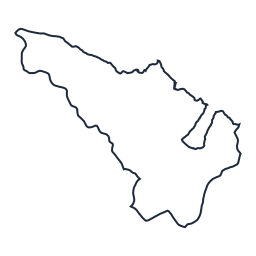 Lapusnicel, Caras-Severin, Romania
{"feature_id": "2599482B99041788642563", "entity_name": "Lapusnicel", "entity_type": "district", "adm_level": 2, "iso_a3": "ROU", "parent_name": "Romania", "parent_adm1": "Caras-Severin", "projection": "robinson", "projection_center": [22.192, 45.003], "detail": "fine", "context": "isolated", "style": "outline", "palette": "slate", "viewbox_px": 256, "rotation_deg": 0, "n_neighbors": 0, "source": "geoboundaries", "source_scale": "gbopen_adm2", "svg_char_len": 5736}
<svg xmlns="http://www.w3.org/2000/svg" viewBox="0 0 256 256"><path d="M239.3,124.4L238.5,124.8L238.2,124.8L236.7,124.5L235.3,124.0L233.7,124.1L233.2,123.8L232.9,123.4L232.7,121.9L232.5,121.4L231.7,120.8L231.1,119.8L230.7,119.6L230.3,119.3L230.0,118.4L229.8,118.1L229.2,117.7L228.2,117.4L227.7,117.2L227.5,116.9L227.4,116.4L226.9,115.7L226.4,115.3L225.0,114.6L223.8,112.8L223.3,111.8L223.1,111.5L222.6,111.1L221.6,110.9L220.6,110.9L219.6,111.4L218.4,111.7L215.8,112.0L215.6,112.3L215.6,112.8L215.4,113.6L214.9,114.0L213.6,116.1L213.7,116.4L213.7,117.0L213.6,117.4L212.6,119.4L212.1,120.0L212.1,121.7L211.9,122.9L211.7,123.4L211.4,123.9L210.9,124.4L210.9,124.8L210.9,125.2L210.7,125.3L210.6,125.7L210.1,126.1L209.9,126.6L209.4,127.1L208.7,128.2L208.4,129.2L207.7,130.0L207.3,131.5L206.9,132.4L206.7,133.1L205.8,134.8L205.3,135.5L204.7,136.9L204.7,137.1L204.9,137.6L205.2,139.5L204.8,139.8L204.0,143.7L204.2,145.4L204.2,145.8L204.1,146.0L202.9,147.3L200.9,148.2L200.5,148.3L197.7,148.1L195.7,149.1L194.0,148.6L193.7,148.2L192.6,148.3L192.2,148.0L191.2,147.8L188.9,146.9L185.7,144.2L182.7,141.4L181.9,139.7L182.6,138.8L186.9,135.4L188.2,134.5L188.5,133.8L189.3,132.4L190.5,130.7L191.2,130.3L192.2,129.1L193.4,128.2L195.1,125.5L195.6,123.8L196.2,122.5L196.9,121.7L197.3,121.5L198.1,120.7L198.2,120.4L199.2,118.6L199.6,118.5L199.7,117.9L200.2,117.4L200.2,117.2L201.1,115.7L201.8,114.7L203.0,113.6L203.4,113.0L204.4,110.5L204.5,109.4L204.5,109.1L205.4,108.5L205.6,108.1L205.8,107.3L205.8,105.6L206.2,105.4L207.3,104.9L206.8,104.3L204.3,103.8L202.7,103.1L202.5,102.8L202.7,101.9L202.8,101.7L202.6,101.3L200.5,98.5L200.1,98.6L198.2,100.2L197.0,100.7L196.0,100.6L194.9,100.1L194.6,99.9L194.5,99.7L194.5,98.7L194.4,98.1L193.8,97.4L191.3,95.5L190.1,94.8L189.5,94.3L189.0,93.6L188.5,93.1L186.8,92.3L186.0,91.1L184.5,89.4L182.8,88.7L182.0,88.9L180.6,89.1L179.9,89.2L179.6,89.4L178.9,89.8L178.1,89.7L177.5,89.9L176.3,89.5L175.6,88.8L175.4,88.9L175.4,89.3L175.2,89.3L175.0,89.0L175.0,88.7L174.9,88.5L174.6,88.5L174.4,88.6L174.2,88.6L174.2,88.4L174.5,87.7L174.4,87.6L174.2,87.5L174.3,86.6L174.4,86.3L174.9,86.1L175.0,86.0L174.8,85.7L174.4,85.7L174.3,85.3L174.4,85.1L174.6,85.1L175.4,84.6L175.5,84.1L175.1,83.9L174.9,83.6L174.7,83.7L174.5,83.3L174.5,83.2L175.2,83.1L175.0,82.8L175.2,82.7L174.7,82.5L174.7,82.2L174.5,81.8L174.8,81.3L174.4,80.9L173.8,80.5L173.7,80.4L171.3,78.4L167.8,74.5L164.9,72.2L163.8,71.0L163.8,70.4L163.4,69.4L163.0,68.6L161.6,67.1L161.5,66.8L161.3,66.0L161.2,65.0L160.6,63.5L159.4,61.0L157.7,60.6L157.7,62.0L157.6,62.4L157.1,63.3L156.5,63.8L154.8,64.4L152.7,64.1L152.1,64.2L150.8,64.8L149.8,64.8L149.2,65.5L149.1,65.9L148.7,66.6L146.7,68.8L146.5,69.2L146.1,69.7L145.7,70.8L144.9,70.1L144.7,70.0L144.4,70.1L144.2,70.3L143.7,71.4L143.3,72.1L143.0,72.4L142.2,72.9L140.2,72.8L139.6,72.7L139.1,72.4L137.5,71.4L137.5,71.2L138.3,70.6L138.3,70.4L138.2,70.2L137.5,69.8L136.5,69.6L136.2,69.6L135.6,70.0L135.0,70.1L133.7,70.6L132.8,71.7L132.4,72.0L131.0,72.6L129.5,72.8L128.6,73.0L127.4,73.1L125.2,71.9L124.8,71.7L123.4,71.2L122.7,71.4L122.1,71.9L121.9,72.3L121.2,73.0L120.5,73.5L120.0,73.5L119.3,73.2L118.7,72.6L118.0,72.4L117.5,71.9L116.8,71.5L116.5,71.1L115.7,70.0L115.6,69.3L115.6,68.9L115.4,68.5L114.9,67.8L114.4,67.5L113.1,66.2L111.9,64.8L111.7,64.6L111.1,63.7L110.5,63.0L109.8,62.7L108.8,62.8L108.1,63.0L107.1,62.4L106.2,61.6L104.9,61.3L104.2,61.1L102.8,60.1L101.2,59.5L99.2,58.0L98.0,57.5L97.6,57.4L96.8,57.0L96.2,56.6L93.9,56.0L91.8,55.1L91.3,54.9L90.1,54.9L87.8,54.3L87.0,53.9L86.3,53.2L84.3,52.5L83.3,51.8L82.2,50.4L80.4,49.4L78.4,47.4L75.7,46.1L74.5,46.6L72.8,46.7L71.5,46.4L70.8,45.5L69.8,44.8L67.8,43.1L65.1,41.1L63.4,38.5L59.6,36.8L55.6,36.2L53.1,36.1L49.4,35.4L43.9,33.4L40.1,33.5L33.8,32.4L28.6,31.3L22.1,29.0L20.8,28.9L19.4,29.2L18.1,30.0L15.4,32.8L15.8,33.9L16.6,34.8L17.7,35.5L19.5,36.3L21.2,37.2L22.9,38.6L25.0,41.5L25.8,43.9L26.0,45.7L25.2,47.3L23.3,49.9L22.0,52.4L21.8,54.2L21.7,62.4L22.0,63.7L22.9,65.4L23.5,67.2L23.7,69.3L24.5,70.1L27.1,71.4L28.2,72.4L29.6,73.1L34.4,73.0L35.6,72.6L37.5,71.6L39.5,70.8L41.5,71.0L45.9,72.4L48.3,73.6L48.7,74.1L49.2,75.1L49.5,76.1L50.0,79.2L50.8,81.3L52.4,83.7L54.4,85.3L58.7,86.6L63.1,87.6L65.4,88.5L66.6,89.9L67.0,91.3L66.8,93.6L66.9,95.9L67.7,98.4L70.8,104.7L71.6,105.6L76.0,107.5L77.3,109.3L77.2,110.9L77.4,112.5L77.7,114.1L78.1,115.6L81.1,118.3L83.9,121.1L86.7,126.3L88.2,127.3L89.5,127.4L90.9,127.3L92.2,126.9L94.4,126.1L95.2,125.6L96.9,125.8L97.9,127.3L99.2,130.3L100.6,132.3L101.5,132.9L105.8,134.1L106.7,134.5L108.3,136.0L109.1,138.1L109.2,139.9L109.6,141.7L111.1,142.7L112.6,143.7L112.9,145.0L112.6,146.5L112.2,147.9L112.0,150.8L112.5,151.8L115.2,154.9L117.9,158.6L120.8,162.2L122.0,164.3L123.8,169.3L125.1,169.0L127.1,169.4L129.1,169.9L130.6,170.8L131.4,171.7L132.3,172.4L133.5,173.0L134.9,173.3L135.7,174.1L137.9,177.1L139.9,178.9L138.2,180.1L136.9,181.7L136.6,182.2L135.1,185.4L133.9,187.7L133.4,190.4L133.1,193.1L134.1,198.2L134.3,200.4L133.6,202.5L132.7,204.5L130.8,206.5L132.9,207.4L134.9,208.5L136.5,210.0L139.4,213.9L142.5,217.7L145.4,220.5L146.5,220.7L147.8,220.5L150.0,219.4L160.0,213.9L165.1,211.8L167.4,210.7L168.7,211.2L171.0,213.9L172.6,216.6L174.4,219.3L176.3,221.9L178.3,224.5L180.7,225.8L183.3,226.7L185.1,227.1L187.5,224.3L189.8,223.9L192.0,223.3L195.3,221.4L197.7,219.4L199.5,216.3L200.7,212.9L201.8,205.6L203.0,202.2L203.2,199.1L204.4,193.7L205.9,189.3L207.5,185.0L209.1,182.5L210.9,180.6L212.9,178.9L216.7,177.1L219.1,176.2L220.4,175.4L222.3,170.9L225.3,169.0L228.6,168.0L230.2,167.2L232.5,166.7L237.1,164.4L238.1,163.2L238.8,160.3L240.0,155.1L240.6,153.6L238.0,150.4L237.5,149.2L237.1,148.0L237.0,145.9L238.0,140.8L237.6,138.6L236.0,135.5L234.5,132.4L235.3,131.1L236.2,129.8L238.4,127.4L239.3,124.4Z" fill="none" stroke="#1e293b" stroke-width="2"/></svg>